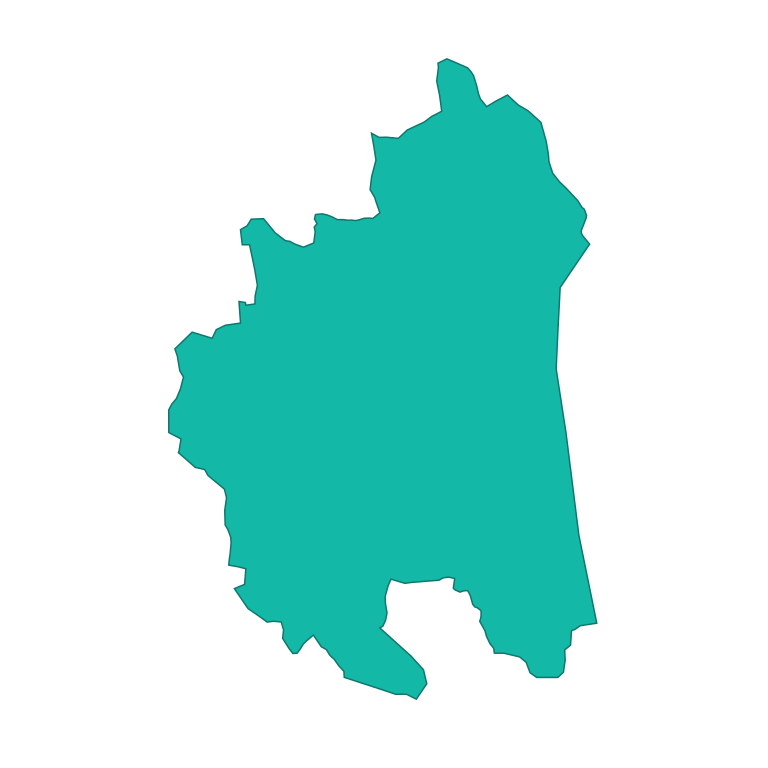 the district of Yewa North, Ogun, Nigeria, rotated 174°
{"feature_id": "59680162B21216344152794", "entity_name": "Yewa North", "entity_type": "district", "adm_level": 2, "iso_a3": "NGA", "parent_name": "Nigeria", "parent_adm1": "Ogun", "projection": "natural_earth1", "projection_center": [2.929, 7.092], "detail": "fine", "context": "isolated", "style": "filled", "palette": "teal", "viewbox_px": 768, "rotation_deg": 174, "n_neighbors": 0, "source": "geoboundaries", "source_scale": "gbopen_adm2", "svg_char_len": 2617}
<svg xmlns="http://www.w3.org/2000/svg" viewBox="0 0 768 768"><g transform="rotate(174 384 384)"><path d="M197.4,123.9L206.0,213.2L208.1,316.6L211.2,381.0L205.2,420.5L198.7,461.6L164.9,501.6L170.6,510.2L171.9,513.0L171.7,516.1L165.8,527.5L165.0,530.3L165.7,533.7L166.5,536.8L168.6,538.9L172.2,546.2L182.2,559.4L188.4,566.8L194.2,576.0L196.7,587.7L196.5,595.6L197.3,608.3L200.6,627.8L212.1,640.6L221.5,647.6L231.0,658.5L243.3,653.6L252.9,649.1L258.3,657.3L259.7,662.8L260.6,670.5L262.7,681.3L264.8,685.4L267.7,689.6L280.3,696.8L287.5,700.8L296.8,697.4L296.8,693.1L299.9,679.8L298.5,664.7L298.1,649.2L308.4,645.2L316.7,640.3L334.3,634.2L344.1,626.8L355.8,629.2L363.2,629.8L370.2,634.7L369.2,620.4L368.6,607.5L374.7,591.3L377.5,578.7L373.7,570.5L373.1,567.0L370.2,554.7L377.8,549.8L380.7,550.5L386.3,550.9L392.5,549.7L395.4,549.5L399.5,550.5L402.1,550.5L404.2,551.0L407.1,551.7L413.3,552.4L418.1,555.6L422.7,558.0L427.7,559.7L434.4,559.7L435.9,555.3L433.8,550.4L437.0,547.4L436.5,542.7L439.1,531.6L449.8,528.5L458.1,532.5L462.7,535.7L467.0,536.8L476.4,545.7L486.5,561.0L498.9,561.8L503.6,555.6L510.6,552.5L510.4,537.3L503.2,536.5L502.0,525.6L500.6,511.3L499.6,495.4L503.0,484.9L504.0,477.1L513.2,476.8L513.3,479.5L519.6,481.2L520.3,459.6L535.6,459.0L545.1,455.6L550.1,447.4L569.4,455.6L588.3,440.8L586.6,433.3L585.7,418.5L582.7,411.9L587.0,400.3L592.0,391.2L597.1,386.3L600.8,380.7L603.1,358.2L591.6,350.6L594.8,338.9L595.7,337.3L580.4,320.8L571.3,317.7L568.6,311.4L553.7,296.1L552.5,287.3L555.6,274.9L556.7,260.4L554.4,255.3L552.4,247.4L552.7,241.8L554.9,230.7L556.4,224.9L557.3,220.1L547.7,217.3L540.7,214.7L543.6,199.3L554.2,196.1L542.7,174.9L531.1,164.9L525.1,159.4L519.0,159.6L511.1,158.1L509.6,149.9L511.4,141.6L506.1,130.9L502.8,125.5L498.4,125.4L494.6,129.7L491.7,133.5L488.5,136.2L480.5,141.7L473.8,129.2L469.1,126.0L466.6,120.6L465.0,118.3L462.6,115.9L458.3,108.3L453.9,102.4L454.2,96.4L415.5,79.1L404.8,74.2L394.3,73.2L384.8,67.2L372.8,81.4L374.6,95.6L385.5,110.5L413.7,141.9L410.5,143.2L407.1,148.9L404.9,156.3L405.5,165.3L405.1,172.4L401.1,182.7L397.5,189.2L384.1,183.6L376.9,183.8L370.0,183.6L363.0,183.5L349.8,183.1L345.4,185.0L340.1,185.2L334.0,183.2L336.4,173.7L334.9,171.8L330.1,169.1L326.2,170.0L322.3,169.7L320.3,164.5L318.8,155.6L316.9,152.8L314.6,151.7L311.2,148.4L311.6,144.0L312.1,141.6L313.6,137.9L311.2,132.4L309.4,128.1L308.4,122.1L305.7,114.6L302.5,109.6L302.4,104.8L292.8,103.7L277.6,98.4L271.7,92.3L268.9,81.5L262.8,76.2L241.8,74.0L235.7,78.6L232.7,90.3L232.1,100.7L225.8,104.7L223.3,119.1L219.5,120.1L214.1,123.1L197.4,123.9Z" fill="#14b8a6" stroke="#0f766e" stroke-width="1.5"/></g></svg>